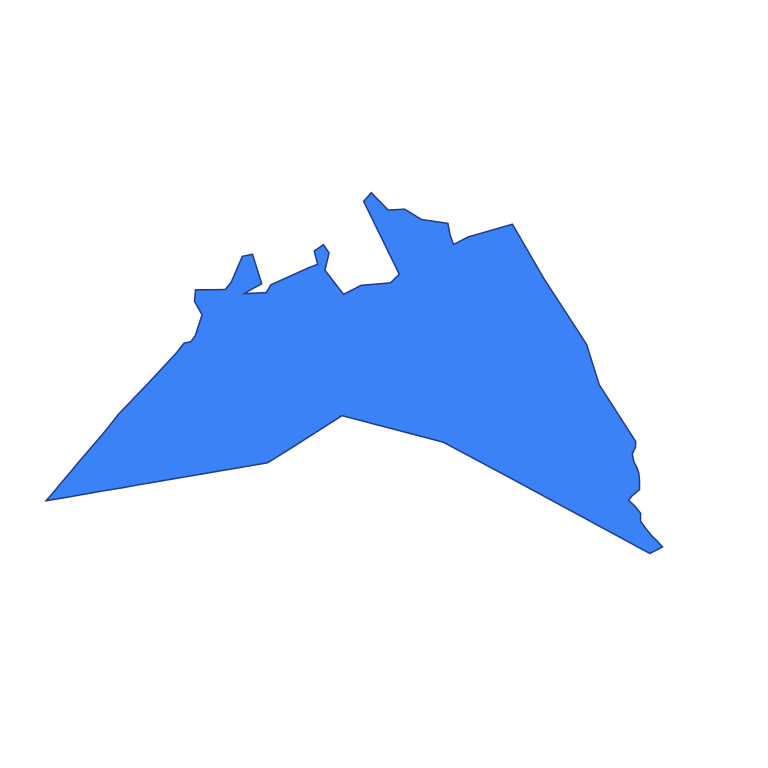 Capela, Alagoas, Brazil (Equal Earth projection), rotated 282°
{"feature_id": "56859067B67921672673820", "entity_name": "Capela", "entity_type": "district", "adm_level": 2, "iso_a3": "BRA", "parent_name": "Brazil", "parent_adm1": "Alagoas", "projection": "equal_earth", "projection_center": [-36.089, -9.345], "detail": "fine", "context": "isolated", "style": "filled", "palette": "blue", "viewbox_px": 768, "rotation_deg": 282, "n_neighbors": 0, "source": "geoboundaries", "source_scale": "gbopen_adm2", "svg_char_len": 1174}
<svg xmlns="http://www.w3.org/2000/svg" viewBox="0 0 768 768"><g transform="rotate(282 384 384)"><path d="M530.4,509.4L567.0,476.4L545.4,435.8L534.9,423.0L543.4,417.7L554.4,413.1L552.7,386.4L556.4,376.1L559.3,367.8L555.0,351.9L568.5,331.8L558.4,326.1L541.2,339.6L494.5,376.1L484.3,369.3L479.8,354.5L475.7,341.0L463.3,325.8L471.4,316.2L483.0,302.6L500.8,303.0L507.7,295.8L499.6,288.1L487.2,294.2L481.9,285.9L475.3,276.9L457.5,252.7L449.0,249.9L443.4,228.7L448.2,233.7L456.6,243.6L483.6,228.4L479.4,218.9L451.6,213.3L443.4,209.1L436.9,180.0L425.4,181.5L413.9,191.6L392.2,189.4L385.2,186.3L382.5,180.0L370.8,174.2L335.6,153.1L298.8,130.3L286.6,124.4L276.3,119.1L242.8,100.8L233.3,95.9L226.3,92.1L216.1,86.7L211.0,84.1L199.5,77.7L208.3,100.0L220.3,129.5L228.2,150.0L232.7,160.7L282.7,286.4L299.6,304.1L344.3,349.5L339.4,454.0L318.4,526.8L273.5,679.2L282.5,690.3L287.6,683.2L291.5,677.0L297.4,669.8L303.3,663.4L310.9,661.9L316.8,654.7L321.1,647.5L326.1,649.8L333.7,655.9L342.7,654.0L349.7,651.8L355.0,648.7L359.5,644.8L367.1,641.4L374.4,643.1L380.0,642.2L427.9,594.8L464.7,574.0L476.5,562.4L519.6,519.2L530.4,509.4Z" fill="#3b82f6" stroke="#1e3a8a" stroke-width="1.5"/></g></svg>